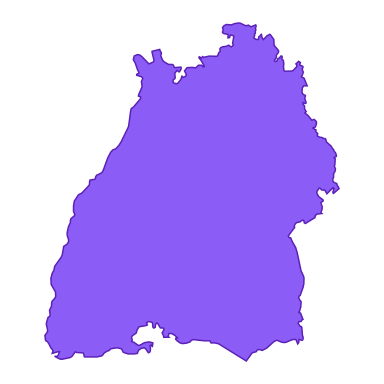 SVG path tracing the border of Baden-Württemberg
{"feature_id": "DEU-1573", "entity_name": "Baden-Württemberg", "entity_type": "State", "adm_level": 1, "iso_a3": "DEU", "parent_name": "Germany", "parent_adm1": "", "projection": "mercator", "projection_center": [9.433, 48.664], "detail": "fine", "context": "isolated", "style": "filled", "palette": "violet", "viewbox_px": 384, "rotation_deg": 0, "n_neighbors": 0, "source": "natural_earth", "source_scale": "10m", "svg_char_len": 5871}
<svg xmlns="http://www.w3.org/2000/svg" viewBox="0 0 384 384"><path d="M246.3,361.0L218.6,343.8L214.8,342.9L211.1,342.9L209.7,340.8L204.3,340.8L193.3,339.6L191.4,340.3L189.9,342.0L186.3,343.2L182.4,343.6L180.0,342.9L177.1,340.8L175.7,339.3L175.7,338.3L177.5,337.9L174.9,335.4L171.7,333.6L169.0,333.4L168.2,336.3L169.0,337.2L163.8,337.3L163.3,335.2L162.1,333.0L164.0,329.6L163.4,328.1L160.3,327.9L157.8,323.6L156.6,323.1L155.7,324.1L155.2,327.3L153.9,328.1L153.0,327.4L152.4,322.6L150.5,321.8L148.1,321.7L146.5,322.6L147.4,324.9L146.0,325.6L139.5,326.7L138.8,327.1L137.0,330.2L136.2,333.1L132.7,335.5L131.7,336.6L131.6,337.6L132.3,340.0L131.6,341.6L133.7,342.2L138.2,345.3L140.0,345.2L144.3,342.7L149.1,341.9L152.9,342.9L152.4,346.4L151.7,346.0L151.6,344.9L150.3,345.4L150.0,346.2L150.5,348.0L150.3,351.1L149.7,352.2L148.3,352.7L146.1,349.4L144.6,347.9L141.6,348.2L138.6,350.2L137.3,353.4L134.3,353.9L128.0,353.9L123.3,352.3L121.5,348.8L117.8,347.9L116.0,347.9L110.7,348.8L109.0,350.6L107.2,351.1L104.3,352.9L102.6,355.2L101.7,355.9L97.2,356.9L84.4,356.9L83.6,353.5L83.0,352.9L76.7,352.5L75.3,351.8L71.9,356.5L70.0,357.6L61.8,359.3L59.7,359.0L54.6,356.3L57.1,356.3L58.2,355.3L59.5,351.6L57.3,351.9L52.2,353.4L52.9,351.4L52.7,350.0L50.9,347.9L48.7,343.5L47.4,341.6L45.9,340.8L45.5,340.2L44.9,335.4L47.5,331.8L47.5,329.4L46.3,324.3L46.6,322.3L48.0,317.5L49.9,316.1L50.1,314.4L49.5,310.3L51.5,306.2L51.6,303.2L52.1,301.2L54.7,298.4L55.7,296.6L55.5,292.0L51.2,284.5L50.9,278.4L52.2,273.3L54.1,269.9L54.3,267.8L54.9,266.0L61.2,257.2L62.2,255.0L63.7,246.4L67.1,244.1L68.5,241.9L68.6,239.9L67.4,236.0L67.1,234.2L67.2,232.3L68.5,226.6L70.3,222.8L70.5,220.0L71.0,218.6L74.7,215.5L74.7,214.4L73.5,211.3L73.5,206.1L74.3,201.2L78.5,194.7L81.3,193.4L82.8,192.1L89.0,185.4L89.5,184.2L89.6,181.3L90.1,180.0L94.8,179.3L95.3,178.8L95.7,176.6L96.9,175.0L97.7,174.9L102.0,172.5L103.2,170.4L107.7,158.0L110.7,152.2L112.8,149.9L115.8,148.8L118.9,145.3L121.0,142.1L128.3,127.1L128.7,125.6L130.6,111.2L131.2,108.6L133.6,106.9L140.4,98.8L140.7,96.9L138.4,96.1L138.6,94.8L142.1,86.8L141.4,81.5L142.8,78.5L141.7,76.8L136.7,75.3L136.7,74.3L138.8,73.2L138.8,72.2L137.4,69.4L135.2,62.9L133.3,59.7L134.2,56.0L137.4,54.6L139.8,55.0L142.2,56.9L148.9,63.9L153.1,62.1L153.9,61.2L153.9,60.0L152.0,52.0L152.1,51.3L159.7,49.4L160.2,51.0L161.3,52.5L161.3,53.8L160.8,55.1L161.2,56.9L162.7,60.3L163.9,61.7L168.5,64.4L172.7,64.5L173.5,65.4L174.1,67.0L174.7,67.6L180.9,67.1L181.2,68.0L181.1,69.0L179.5,71.8L178.9,71.9L177.1,70.4L174.8,73.3L175.2,77.9L174.7,78.8L173.3,79.7L173.0,82.2L173.6,82.9L176.5,83.8L178.0,83.0L180.9,79.4L181.9,76.2L182.5,76.4L182.6,77.2L183.2,77.5L185.8,76.1L186.3,74.9L186.0,73.8L184.5,70.9L187.1,67.6L192.8,67.4L195.1,67.9L196.1,67.5L198.4,65.3L199.2,65.2L201.7,65.3L203.1,66.8L204.2,66.8L204.0,65.6L203.1,63.9L201.0,60.3L199.0,57.9L199.0,57.1L199.6,56.8L201.4,58.2L202.6,56.6L203.7,57.3L209.3,56.1L216.6,56.3L217.7,55.7L218.8,52.7L220.2,51.3L219.9,48.8L220.6,47.8L222.8,46.7L226.0,46.4L228.8,45.2L230.6,46.7L231.5,46.8L233.4,45.1L232.6,43.2L233.8,36.4L233.5,35.9L230.8,34.9L230.3,35.3L229.5,37.6L228.0,37.9L227.9,36.9L228.3,35.3L227.8,34.4L223.9,33.6L222.6,32.7L222.5,31.7L223.2,30.1L222.5,27.6L224.0,25.7L226.4,24.5L231.2,24.9L234.7,23.6L238.3,23.0L240.1,23.1L245.4,25.6L246.6,25.7L248.3,25.1L251.0,26.8L255.7,24.9L256.2,26.2L255.5,27.6L255.8,30.0L255.3,31.5L255.4,33.2L254.6,34.0L254.7,35.3L253.9,37.5L254.0,38.1L256.0,39.4L258.0,39.5L258.5,39.1L258.9,36.6L260.2,35.8L260.9,34.6L261.4,34.4L261.9,37.0L262.9,39.1L263.4,39.6L267.0,35.8L269.8,34.3L270.3,34.6L273.8,39.4L274.1,45.4L277.9,49.7L278.7,51.2L278.3,52.6L276.4,55.1L276.4,57.7L274.7,59.8L274.4,60.7L275.4,61.6L276.8,61.2L277.8,58.8L279.3,58.0L280.9,56.0L281.7,56.0L282.3,57.1L281.6,58.6L283.3,60.4L283.8,63.7L283.5,66.5L284.0,70.8L285.1,71.2L292.2,71.0L293.0,70.6L296.7,66.7L296.8,65.1L295.9,63.9L298.7,61.3L300.4,62.6L299.7,64.5L300.0,65.1L302.8,66.3L303.0,67.2L302.2,69.3L303.3,72.2L302.5,74.7L301.4,76.8L304.1,78.2L307.2,85.9L304.0,85.7L302.3,87.8L302.0,92.1L302.3,93.1L303.2,94.4L305.0,95.2L305.5,95.8L304.7,98.5L306.0,102.1L306.0,103.1L305.1,103.5L303.1,102.5L302.8,103.3L303.1,104.4L304.5,105.9L304.6,109.0L306.2,111.6L304.8,112.9L308.1,115.6L311.8,120.2L314.1,119.4L316.2,121.4L316.5,122.8L316.3,124.5L315.3,127.0L314.8,127.5L313.3,127.6L312.9,128.1L314.5,129.3L316.0,129.9L315.8,131.7L317.7,133.6L317.3,136.0L319.9,137.3L321.8,137.4L323.7,138.5L325.2,138.6L325.8,139.3L326.5,142.0L331.2,146.2L332.0,147.7L333.6,149.7L334.2,151.3L335.5,152.7L336.4,155.4L336.3,156.4L334.1,157.6L335.2,158.8L334.9,164.5L334.4,166.2L335.5,169.0L335.0,171.5L333.6,173.6L333.6,177.4L332.9,178.7L332.8,180.2L333.1,181.4L333.8,182.3L336.7,183.5L337.3,185.3L339.1,188.6L333.5,193.4L333.0,192.9L332.9,191.9L333.5,190.4L333.5,189.2L334.1,188.6L333.6,187.9L332.8,187.8L326.9,193.8L324.9,190.2L321.8,190.0L319.7,188.0L319.2,188.1L317.1,191.1L316.8,193.1L318.6,196.5L323.1,200.0L323.2,200.9L320.9,202.7L321.2,204.1L322.2,206.5L322.1,209.1L321.0,212.4L321.1,213.0L321.8,213.5L316.7,214.2L315.3,215.7L315.0,217.6L305.4,223.5L304.3,222.9L303.9,220.9L303.1,220.2L302.2,220.3L299.9,221.9L296.6,222.6L295.2,224.0L294.3,225.8L294.6,227.8L293.9,228.3L288.3,236.0L289.2,237.7L290.6,237.8L292.5,242.0L295.6,247.4L297.2,252.7L301.0,270.6L303.7,276.6L304.0,278.5L303.8,284.0L303.1,287.3L300.2,295.4L298.9,296.4L298.7,297.4L299.7,300.0L301.1,301.6L301.1,302.1L300.7,307.5L300.3,308.1L299.8,310.8L298.8,312.2L299.0,312.7L300.5,313.0L303.0,319.4L302.1,319.8L301.1,321.5L298.9,321.7L298.1,323.3L300.2,326.4L301.3,326.5L301.8,327.3L302.4,334.9L303.2,337.8L302.8,339.8L302.2,340.3L299.1,339.5L298.7,342.6L297.7,343.9L296.2,340.1L295.5,339.5L293.6,339.4L291.2,340.1L285.7,342.4L283.3,342.5L280.9,341.9L276.9,340.2L273.9,341.6L266.6,348.2L262.2,350.4L258.7,349.4L257.2,350.2L256.2,351.7L252.2,352.8L246.3,361.0Z" fill="#8b5cf6" stroke="#5b21b6" stroke-width="1.5"/></svg>